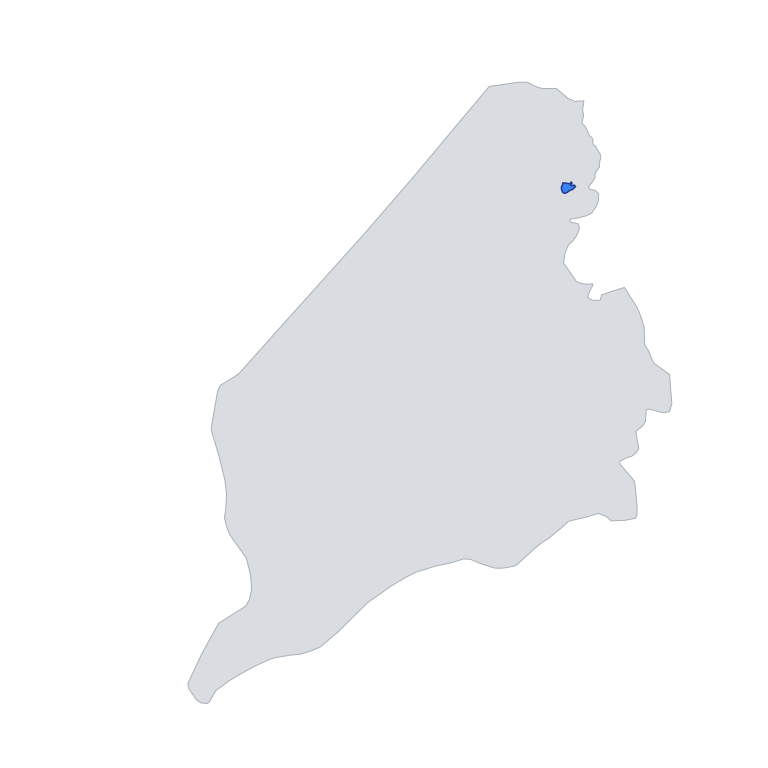 where Damascus sits in Syria, rotated 163°
{"feature_id": "SYR-4843", "entity_name": "Damascus", "entity_type": "Province", "adm_level": 1, "iso_a3": "SYR", "parent_name": "Syria", "parent_adm1": "", "projection": "mercator", "projection_center": [36.275, 33.512], "detail": "fine", "context": "in_parent", "style": "filled", "palette": "blue", "viewbox_px": 768, "rotation_deg": 163, "n_neighbors": 0, "source": "natural_earth", "source_scale": "10m", "svg_char_len": 2537}
<svg xmlns="http://www.w3.org/2000/svg" viewBox="0 0 768 768"><g transform="rotate(163 384 384)"><path d="M119.0,274.1L125.2,274.7L138.6,282.9L140.8,282.6L144.8,271.9L148.7,268.3L157.0,265.1L159.3,247.7L163.2,244.4L167.8,242.6L175.0,242.3L181.2,241.2L181.6,238.2L172.9,218.0L173.7,212.9L177.8,192.6L180.5,184.7L183.0,182.1L192.9,183.1L206.7,186.7L210.3,192.5L217.1,197.7L227.2,197.4L238.9,198.3L248.1,198.7L255.4,195.0L271.8,188.2L280.0,185.9L287.4,182.9L311.2,171.7L320.8,172.6L327.3,174.0L332.3,175.8L343.5,183.5L352.8,191.2L359.3,193.5L371.0,193.3L387.9,194.8L408.7,194.7L420.8,192.5L436.3,188.7L463.8,179.6L500.1,160.5L521.5,151.2L530.7,150.1L542.7,150.0L554.6,152.4L568.2,154.1L574.5,154.0L589.2,152.1L608.3,148.2L620.3,145.0L634.7,139.8L643.8,131.1L646.7,130.2L650.4,131.8L652.2,132.4L655.9,137.3L659.8,150.0L659.8,151.4L659.0,155.1L649.6,165.5L636.8,179.6L627.6,188.5L612.1,203.5L600.5,206.7L581.0,212.1L575.7,217.3L570.9,225.7L568.0,237.2L567.2,244.4L566.6,257.9L571.2,271.8L575.6,285.1L576.2,293.9L575.7,302.5L571.5,311.8L566.9,324.4L564.2,338.7L562.8,365.4L562.8,388.0L562.4,391.7L554.4,407.7L545.0,426.3L540.7,430.6L520.1,436.1L497.7,449.7L472.7,464.9L449.9,478.6L426.0,493.0L401.3,507.9L383.6,518.6L359.9,532.8L338.3,546.3L316.5,560.1L299.9,570.5L274.6,586.9L259.9,596.5L238.1,610.7L219.0,623.1L196.4,637.8L168.0,633.4L159.0,630.9L151.7,623.9L146.3,620.2L132.9,616.3L124.3,603.1L119.1,598.5L110.1,596.4L114.0,587.9L114.7,582.3L118.6,575.5L116.1,571.0L115.0,561.5L113.3,559.2L112.6,556.7L114.0,553.6L113.4,550.5L111.9,549.1L111.2,544.4L110.0,540.9L110.6,536.6L112.6,533.8L114.6,528.4L117.0,526.8L120.8,523.4L121.8,519.9L125.2,516.5L129.8,513.7L130.8,511.4L130.2,510.1L125.6,507.6L123.1,503.1L125.3,496.6L126.8,494.6L129.5,491.4L135.6,486.6L140.5,485.8L144.6,485.8L151.6,486.2L157.1,487.1L158.5,485.9L158.3,484.3L151.5,480.3L151.2,477.2L152.8,473.8L157.6,468.5L163.3,464.6L166.2,463.9L172.7,456.1L176.9,447.3L170.1,425.9L166.0,422.5L159.4,419.6L155.5,419.1L155.2,417.7L160.4,412.3L164.1,407.6L160.0,403.0L152.7,400.9L150.0,405.6L140.6,406.0L125.9,406.0L119.5,383.3L118.6,373.4L118.7,362.0L123.2,345.3L121.1,337.5L120.9,332.3L119.8,325.1L108.2,309.6L114.5,281.0L119.0,274.1Z" fill="#d9dde1" stroke="#a8b0b8" stroke-width="1"/><path d="M153.6,513.5L155.9,513.7L157.3,515.6L157.2,516.7L157.4,518.5L156.6,520.7L154.7,522.7L154.4,523.9L152.8,523.6L147.7,521.1L145.9,522.3L145.4,521.3L147.2,519.4L145.2,518.5L143.9,518.6L143.2,516.8L146.5,515.0L149.0,514.9L153.6,513.5Z" fill="#3b82f6" stroke="#1e3a8a" stroke-width="1.5"/></g></svg>